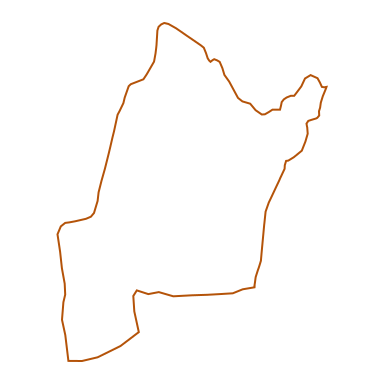 As Sunut, South Kordufan, Sudan
{"feature_id": "16777658B48194454682254", "entity_name": "As Sunut", "entity_type": "district", "adm_level": 2, "iso_a3": "SDN", "parent_name": "Sudan", "parent_adm1": "South Kordufan", "projection": "equal_earth", "projection_center": [29.06, 12.034], "detail": "fine", "context": "isolated", "style": "outline", "palette": "amber", "viewbox_px": 384, "rotation_deg": 0, "n_neighbors": 0, "source": "geoboundaries", "source_scale": "gbopen_adm2", "svg_char_len": 1972}
<svg xmlns="http://www.w3.org/2000/svg" viewBox="0 0 384 384"><path d="M158.6,26.8L157.4,30.5L156.5,45.1L156.2,48.0L155.5,53.6L154.2,60.8L154.0,61.7L147.2,73.5L146.4,74.8L143.4,79.3L137.0,81.8L130.8,84.2L129.2,85.7L128.8,86.1L128.7,86.2L124.7,97.6L123.4,103.1L119.6,111.0L117.6,114.7L117.1,117.0L114.0,131.4L112.4,137.8L110.3,146.9L108.8,153.2L104.9,168.8L101.5,180.8L98.6,192.3L97.6,201.0L94.0,213.0L90.9,216.7L86.0,218.8L75.1,221.3L69.2,222.4L65.2,222.9L60.8,226.4L57.5,234.3L59.0,244.3L60.1,251.7L61.9,268.2L64.7,283.7L65.2,294.6L63.4,302.2L62.0,319.8L65.3,335.1L68.4,360.9L82.0,361.0L97.6,357.3L120.5,346.0L138.8,332.1L134.3,311.4L133.3,296.0L136.8,290.4L148.3,294.1L158.8,292.1L173.3,296.3L191.8,295.3L207.3,294.8L219.7,294.1L232.8,293.3L242.7,289.3L254.5,287.3L254.5,287.0L254.5,286.7L254.6,286.3L254.6,286.2L254.4,286.2L255.0,282.2L255.4,279.1L255.5,278.3L255.7,277.0L257.9,270.1L258.7,267.9L259.5,265.4L260.9,260.8L261.6,252.7L263.4,233.4L264.2,224.7L264.4,223.1L265.1,216.3L265.6,211.6L268.8,202.5L270.4,199.2L275.7,187.9L279.3,180.3L280.1,178.4L280.4,177.7L281.0,176.5L282.4,173.5L284.6,168.8L284.8,165.2L286.1,160.9L288.3,160.6L291.1,158.9L291.4,158.7L293.7,157.3L301.8,150.7L305.4,141.6L307.7,133.7L307.3,128.5L307.3,127.9L307.2,127.3L307.0,126.5L306.5,123.6L308.3,120.9L311.3,119.9L316.0,118.5L316.6,118.2L317.3,117.8L319.2,115.5L319.0,111.2L320.1,107.7L320.8,102.7L322.8,96.2L323.8,93.8L325.4,89.9L326.1,88.1L326.5,86.9L324.3,87.3L321.9,86.9L319.9,82.5L317.5,78.2L310.6,75.1L305.0,78.5L301.3,86.4L296.8,92.4L294.2,95.8L290.8,95.8L286.6,97.5L283.8,99.4L281.7,102.1L281.0,105.7L280.0,109.7L272.4,109.7L268.9,112.0L264.9,114.3L261.8,114.5L255.6,110.2L250.2,103.7L242.4,101.4L238.0,97.9L235.4,93.1L229.2,81.6L224.4,74.9L222.4,68.2L219.7,61.9L217.2,60.4L214.2,59.2L212.5,60.2L210.5,61.8L209.2,60.6L207.7,58.3L206.0,53.1L203.8,47.7L200.8,45.3L186.5,35.5L176.1,28.3L168.5,24.0L164.2,23.0L161.2,24.4L158.6,26.8Z" fill="none" stroke="#b45309" stroke-width="2"/></svg>